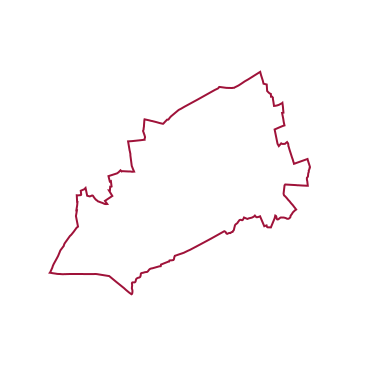 the district of Movileni, Iasi, Romania, rotated 118°
{"feature_id": "2599482B3675832994894", "entity_name": "Movileni", "entity_type": "district", "adm_level": 2, "iso_a3": "ROU", "parent_name": "Romania", "parent_adm1": "Iasi", "projection": "equal_earth", "projection_center": [27.37, 47.318], "detail": "fine", "context": "isolated", "style": "outline", "palette": "rose", "viewbox_px": 384, "rotation_deg": 118, "n_neighbors": 0, "source": "geoboundaries", "source_scale": "gbopen_adm2", "svg_char_len": 5961}
<svg xmlns="http://www.w3.org/2000/svg" viewBox="0 0 384 384"><g transform="rotate(118 192 192)"><path d="M186.2,105.7L184.7,105.9L176.4,106.7L173.7,107.4L173.7,107.1L173.7,106.8L173.8,106.6L174.2,106.0L175.2,105.2L176.0,104.4L176.1,104.2L176.2,103.9L176.1,103.6L175.8,103.2L175.4,102.9L173.5,102.1L172.8,101.6L171.5,99.0L171.2,98.0L171.0,96.9L171.0,95.6L170.6,94.6L169.8,93.9L169.2,93.6L168.3,93.4L167.7,93.4L166.8,93.8L165.9,93.7L164.8,93.5L163.2,93.4L162.4,93.3L159.7,92.4L158.6,91.8L157.8,93.4L157.4,94.4L156.2,97.0L155.9,97.9L155.3,99.5L154.3,101.7L154.0,102.8L153.6,103.8L152.9,105.4L152.3,107.1L152.1,107.6L152.0,108.1L151.9,108.6L151.7,109.2L151.5,109.4L150.8,110.1L150.4,110.4L142.7,113.4L141.6,113.2L137.0,103.2L136.7,102.4L136.2,101.4L134.7,98.1L132.5,93.4L132.1,92.7L128.2,95.4L127.6,96.0L127.3,96.2L126.7,96.6L125.8,97.1L125.4,97.2L125.1,97.1L124.2,96.9L123.9,96.9L121.0,98.1L120.5,98.2L119.4,98.3L118.9,98.6L118.3,99.0L117.7,99.0L116.8,99.1L115.5,99.5L115.2,99.3L114.4,99.7L110.0,104.2L109.3,104.9L108.7,105.4L108.6,105.5L109.5,106.3L116.4,112.6L119.2,115.2L118.4,115.9L117.5,116.9L116.2,118.1L114.2,120.3L113.0,121.5L109.4,125.2L107.8,126.8L106.7,127.8L106.4,128.3L104.4,129.6L103.8,130.3L103.7,130.6L103.6,131.0L103.3,131.5L104.7,132.1L105.6,132.4L105.9,132.6L106.0,132.8L107.0,134.5L107.2,135.1L107.3,135.5L107.2,136.1L110.7,136.9L109.3,139.1L98.0,148.4L93.8,145.1L90.8,142.6L89.8,141.6L87.1,143.9L84.4,145.9L79.9,149.6L79.0,148.5L76.6,150.1L74.1,151.7L70.9,154.0L71.5,154.2L71.7,154.5L74.4,156.3L74.7,156.7L74.9,156.8L75.7,157.6L77.0,159.2L77.5,160.0L74.1,162.5L71.8,164.3L70.7,164.9L70.6,165.5L70.3,165.8L70.3,166.0L70.2,166.2L70.2,166.5L70.3,166.8L70.6,167.1L68.4,168.4L68.4,168.8L68.5,169.7L68.3,170.6L68.1,171.4L67.5,173.1L62.0,176.5L62.8,179.7L60.5,181.7L56.3,186.0L53.9,188.2L60.0,191.7L66.6,195.5L68.3,196.6L69.6,197.4L73.0,199.2L75.9,200.8L77.1,201.6L79.3,203.2L79.8,203.5L80.2,203.7L80.3,203.9L80.8,204.8L81.3,205.3L81.7,206.1L82.7,208.1L83.3,209.3L83.9,210.5L85.6,215.1L86.2,216.7L86.4,217.2L86.5,217.3L87.8,217.5L88.4,217.7L88.8,218.0L91.1,219.7L93.1,221.0L107.7,230.4L120.4,238.8L123.5,240.7L125.8,242.3L135.2,246.1L135.7,246.2L136.8,246.5L138.3,246.7L138.9,246.8L139.2,247.0L139.4,247.1L139.7,247.9L139.8,248.0L140.0,248.1L141.1,248.3L141.9,248.6L144.7,249.3L145.4,249.6L146.3,252.9L147.0,256.2L148.1,260.7L148.3,261.2L148.9,263.7L149.6,266.2L150.1,268.0L150.9,267.8L156.1,265.5L156.9,265.1L158.5,264.6L158.8,264.4L159.9,264.0L160.4,264.0L160.7,264.0L161.3,263.7L162.0,262.9L162.2,262.6L162.9,262.0L163.7,261.0L164.3,260.5L165.0,259.7L165.7,259.2L165.9,259.1L166.2,259.0L167.1,258.9L167.7,258.7L168.1,258.4L170.4,261.7L175.2,268.8L177.3,272.2L184.6,266.6L185.1,266.1L186.1,265.3L187.3,264.3L188.6,263.6L196.9,257.7L197.3,257.4L197.8,256.8L198.3,256.2L199.2,255.2L201.2,252.7L201.4,253.0L202.0,254.0L202.3,254.5L202.8,256.0L203.5,257.3L206.4,263.5L206.9,263.8L206.8,264.2L206.4,265.3L209.0,266.1L210.3,266.7L210.7,266.9L217.2,273.2L221.3,269.5L221.4,269.4L221.2,269.2L220.5,268.7L224.9,265.6L225.4,266.0L225.7,266.4L225.8,266.7L229.2,265.2L229.6,266.1L232.9,260.5L240.7,264.7L242.4,261.2L242.6,261.5L243.2,262.6L243.5,263.4L243.6,264.2L243.7,266.2L243.9,267.1L244.2,269.5L244.4,270.7L244.1,271.7L244.0,272.8L243.9,273.3L243.7,273.6L243.6,274.2L242.3,276.9L241.9,277.5L241.8,278.0L241.9,278.4L242.1,278.7L242.9,279.3L243.9,280.2L244.5,282.8L238.4,287.9L238.7,288.0L240.2,288.4L240.4,288.6L243.1,290.8L246.4,288.6L246.7,288.6L246.8,288.7L247.1,288.9L247.5,289.6L248.1,290.4L248.7,291.5L249.0,292.2L255.0,288.6L255.0,288.4L254.9,288.3L257.8,287.1L262.5,285.5L262.2,285.0L267.7,283.2L276.1,276.4L277.7,277.1L278.4,277.2L282.7,277.8L286.3,278.5L287.6,278.9L288.0,279.1L296.9,280.3L298.2,280.3L299.6,280.0L299.8,279.9L300.2,280.0L304.7,280.7L305.5,280.8L307.2,280.6L311.3,280.2L312.0,280.2L314.2,280.2L320.4,280.3L322.4,280.2L324.5,279.8L327.7,279.6L329.4,279.5L330.0,279.6L329.6,278.5L329.1,276.9L328.2,274.4L328.0,273.8L327.6,272.6L327.1,271.5L326.8,270.8L326.3,270.0L326.1,269.3L325.3,267.6L322.0,261.8L310.5,240.1L309.8,238.9L309.2,237.6L307.7,233.2L305.1,225.6L306.9,216.8L308.8,206.9L309.4,204.6L309.7,203.2L310.3,200.3L310.7,197.4L310.4,197.2L309.9,197.2L309.1,197.3L308.5,197.6L307.5,198.0L306.6,198.6L305.4,199.8L304.8,200.1L304.1,200.4L302.8,200.9L302.4,201.1L300.8,202.2L300.3,202.3L300.1,202.3L299.8,202.1L299.5,201.7L298.9,200.5L298.7,200.2L298.4,200.0L298.1,199.9L297.6,199.8L297.2,199.9L295.7,200.3L295.2,200.4L294.7,200.3L294.3,200.2L293.4,199.6L292.9,199.2L292.6,198.7L292.3,198.5L291.9,198.2L291.6,198.0L291.0,197.9L290.6,198.0L290.0,198.1L289.4,198.3L288.2,198.8L287.9,198.8L287.6,198.7L287.3,198.5L286.8,198.0L286.4,197.4L286.0,197.0L285.3,196.3L284.9,195.9L284.4,195.2L284.0,194.6L283.6,194.1L283.2,193.9L282.7,193.7L281.3,193.5L280.1,193.2L279.3,192.7L278.6,192.0L278.0,191.2L273.0,186.0L272.4,185.1L272.2,184.8L270.6,185.3L266.0,181.4L265.2,180.7L264.5,180.2L264.4,179.9L264.2,179.6L263.0,179.7L262.8,179.4L262.3,178.7L261.9,177.9L260.8,176.5L259.8,176.4L257.6,177.1L257.2,177.0L256.4,177.2L249.4,170.6L248.8,170.2L245.9,168.1L244.0,166.6L234.4,160.1L223.0,152.5L211.5,145.1L211.4,144.5L211.7,143.2L212.2,142.6L212.4,142.1L212.5,141.8L212.3,141.1L211.3,140.5L211.0,140.1L210.5,139.6L210.2,138.8L210.0,138.7L209.3,138.5L209.1,138.4L208.7,138.1L208.2,137.5L208.0,137.4L207.2,137.5L206.7,137.3L206.2,137.2L205.2,137.4L203.4,137.9L202.3,138.1L201.5,138.4L201.2,138.4L200.8,138.4L200.2,138.3L199.3,137.9L198.3,137.4L197.9,137.3L197.2,137.3L194.6,136.9L194.4,136.8L194.0,136.4L193.6,135.8L193.6,135.2L193.4,134.6L193.3,134.4L193.1,134.2L192.9,134.1L191.6,134.0L190.1,134.1L189.8,130.5L189.7,130.4L188.3,129.2L187.6,128.3L186.6,127.2L186.0,126.7L184.4,125.7L183.3,125.4L183.7,124.4L183.9,123.7L184.0,123.3L183.8,122.8L183.4,122.3L182.4,121.2L181.5,120.5L188.3,112.1L187.6,111.5L186.5,110.5L187.2,109.8L187.6,109.3L187.7,109.0L187.7,108.8L187.6,108.5L186.2,105.7Z" fill="none" stroke="#9f1239" stroke-width="2"/></g></svg>